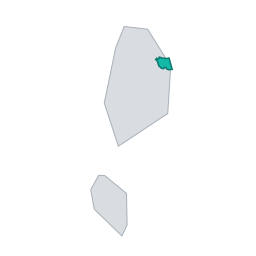 location of Qrendi within Malta, rotated 237°
{"feature_id": "MLT-5972", "entity_name": "Qrendi", "entity_type": "state/province", "adm_level": 1, "iso_a3": "MLT", "parent_name": "Malta", "parent_adm1": "", "projection": "mercator", "projection_center": [14.452, 35.828], "detail": "fine", "context": "in_parent", "style": "filled", "palette": "teal", "viewbox_px": 256, "rotation_deg": 237, "n_neighbors": 0, "source": "natural_earth", "source_scale": "10m", "svg_char_len": 665}
<svg xmlns="http://www.w3.org/2000/svg" viewBox="0 0 256 256"><g transform="rotate(237 128 128)"><path d="M215.2,180.1L200.1,198.3L156.6,197.5L118.5,169.2L118.0,110.0L161.9,121.7L202.0,161.4L215.2,180.1ZM101.0,82.5L73.9,91.1L47.0,74.3L40.8,64.1L78.3,55.5L96.5,63.1L104.3,77.6L101.0,82.5Z" fill="#d9dde1" stroke="#a8b0b8" stroke-width="1"/><path d="M164.3,200.5L153.1,197.0L154.7,193.8L156.4,192.6L158.4,192.6L158.8,191.6L158.4,190.0L160.0,188.5L161.4,188.2L163.0,187.7L165.5,188.2L167.7,189.0L170.4,188.5L170.9,190.1L169.5,190.8L169.4,192.0L170.4,192.8L169.3,193.8L167.9,194.9L165.3,198.1L164.3,200.5Z" fill="#14b8a6" stroke="#0f766e" stroke-width="1.5"/></g></svg>